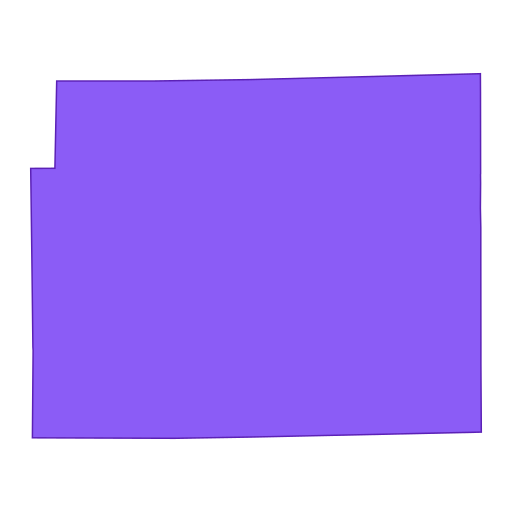 the district of Allen, Indiana, United States of America
{"feature_id": "52423323B16491815887155", "entity_name": "Allen", "entity_type": "district", "adm_level": 2, "iso_a3": "USA", "parent_name": "United States of America", "parent_adm1": "Indiana", "projection": "robinson", "projection_center": [-85.006, 41.094], "detail": "fine", "context": "isolated", "style": "filled", "palette": "violet", "viewbox_px": 512, "rotation_deg": 0, "n_neighbors": 0, "source": "geoboundaries", "source_scale": "gbopen_adm2", "svg_char_len": 441}
<svg xmlns="http://www.w3.org/2000/svg" viewBox="0 0 512 512"><path d="M153.9,81.0L56.7,81.0L54.9,168.3L30.7,168.4L31.9,260.3L32.9,347.1L33.1,350.4L32.4,437.8L174.7,438.3L223.0,437.5L253.2,437.0L481.3,432.1L480.9,363.6L480.9,363.4L480.9,342.7L480.8,260.8L480.8,227.8L480.4,208.1L480.6,183.3L480.5,174.5L480.6,173.8L480.5,93.0L480.4,74.1L480.4,73.9L480.4,73.7L250.0,79.6L153.9,81.0Z" fill="#8b5cf6" stroke="#5b21b6" stroke-width="1.5"/></svg>